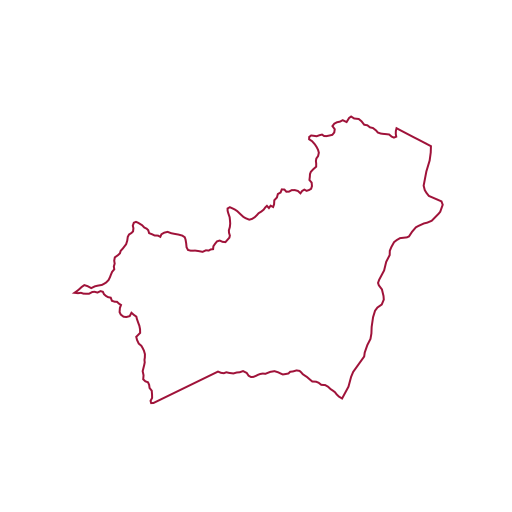 Quiterianópolis, Ceará, Brazil (orthographic projection), rotated 208°
{"feature_id": "56859067B30046972557258", "entity_name": "Quiterianópolis", "entity_type": "district", "adm_level": 2, "iso_a3": "BRA", "parent_name": "Brazil", "parent_adm1": "Ceará", "projection": "orthographic", "projection_center": [-40.719, -5.874], "detail": "fine", "context": "isolated", "style": "outline", "palette": "rose", "viewbox_px": 512, "rotation_deg": 208, "n_neighbors": 0, "source": "geoboundaries", "source_scale": "gbopen_adm2", "svg_char_len": 4162}
<svg xmlns="http://www.w3.org/2000/svg" viewBox="0 0 512 512"><g transform="rotate(208 256 256)"><path d="M115.2,388.9L117.9,391.3L131.6,390.2L135.2,391.8L137.9,393.4L141.0,396.8L145.3,410.7L147.5,421.8L150.3,429.4L153.1,435.1L167.7,435.0L172.2,434.9L187.9,434.8L191.9,434.8L191.2,432.0L189.9,429.4L188.2,427.2L189.8,425.3L192.3,425.1L195.5,425.8L198.8,424.5L200.9,423.6L203.3,422.7L206.4,422.2L208.9,423.2L212.8,423.9L215.8,423.1L219.0,423.7L222.1,422.7L226.1,424.5L229.6,425.2L233.9,423.5L237.5,423.8L238.6,421.6L238.9,416.8L243.2,416.6L244.9,414.1L247.3,412.1L249.0,409.6L249.5,406.6L246.0,404.9L244.9,401.8L245.5,398.8L247.9,396.7L250.1,394.9L252.2,393.9L254.7,394.2L256.6,392.5L258.7,390.2L261.3,389.3L263.9,388.3L264.9,386.1L263.9,384.0L260.4,383.7L256.4,382.2L253.5,380.6L251.1,378.9L249.0,376.7L248.1,373.4L248.5,370.4L247.7,368.0L246.2,365.8L244.8,363.1L246.2,359.4L247.1,356.1L246.8,353.7L245.7,351.3L244.5,348.2L241.3,346.9L239.4,344.0L238.9,341.2L240.1,339.2L241.9,337.3L244.5,337.3L245.8,335.1L246.2,332.2L249.5,333.1L252.7,332.4L255.4,330.9L257.1,328.3L259.4,327.0L262.1,328.0L264.5,326.9L264.1,323.6L265.8,321.0L265.0,317.5L266.0,313.8L264.3,310.1L263.9,307.3L266.7,307.3L267.1,304.4L269.9,305.4L270.6,303.3L271.0,300.5L272.2,297.7L273.8,295.0L274.4,292.5L275.3,289.7L276.9,286.9L279.0,284.9L283.0,284.5L285.5,284.6L289.7,285.7L293.6,286.8L296.5,287.1L299.3,287.0L302.0,286.8L303.4,284.6L302.3,282.6L300.6,280.8L297.5,277.9L295.6,275.1L294.0,272.5L292.7,269.3L292.0,265.9L290.7,263.8L288.7,261.8L288.1,259.7L288.8,256.9L289.5,253.9L292.2,252.8L295.3,252.6L297.3,250.6L297.9,247.5L298.2,244.6L297.1,241.9L299.1,240.5L300.3,238.6L302.9,237.5L305.1,234.6L309.0,233.4L312.3,232.2L314.3,231.0L316.3,230.0L318.9,229.4L321.4,231.1L323.6,234.4L325.9,237.4L327.7,239.1L330.7,239.4L334.6,238.5L338.6,237.2L341.6,236.3L345.4,235.8L348.0,233.5L349.7,230.8L349.5,228.0L352.1,228.0L355.2,226.5L357.9,226.4L361.1,226.0L363.3,228.2L365.4,228.8L368.0,228.7L371.0,229.7L375.5,230.0L378.0,229.8L379.5,228.0L379.0,224.9L377.3,223.0L376.1,220.0L376.8,217.8L378.2,215.4L378.2,212.7L376.9,209.1L376.2,205.4L376.7,202.5L377.1,200.1L377.9,197.0L377.4,194.5L378.2,192.1L380.0,188.5L379.0,185.3L377.2,182.9L376.6,180.0L374.9,177.7L375.6,174.5L375.3,171.1L375.0,168.8L374.9,165.5L375.9,162.2L377.2,160.0L378.5,158.1L381.7,155.6L384.0,153.6L386.4,150.3L390.6,150.3L393.9,149.7L395.4,146.8L396.4,143.9L397.4,141.4L399.0,138.3L395.7,139.6L393.3,141.3L390.5,141.8L388.2,143.0L385.7,144.3L383.7,147.3L381.8,148.6L378.8,149.3L376.8,152.0L374.4,152.5L372.3,150.9L369.8,150.3L367.4,150.2L364.7,151.0L362.2,148.8L359.3,149.3L357.2,150.3L354.7,149.6L352.2,149.4L351.8,146.3L350.1,142.4L347.9,140.8L344.5,140.2L341.9,141.2L339.3,143.6L339.3,147.4L336.4,146.7L333.2,146.3L331.6,144.5L328.8,141.9L326.2,139.6L324.0,136.9L322.2,133.7L323.8,128.4L321.6,126.0L318.4,123.6L315.1,122.9L313.0,121.6L310.5,119.8L308.0,117.2L306.5,114.2L305.7,111.9L304.3,109.8L303.6,107.5L302.8,104.3L302.0,101.1L299.3,97.9L297.7,94.2L294.9,93.4L292.1,93.8L289.9,92.1L288.0,89.5L284.8,88.1L282.7,84.8L281.1,81.9L281.1,78.6L279.5,76.9L277.5,78.1L235.3,136.1L232.1,136.4L229.4,137.4L227.6,139.4L224.7,140.2L220.8,141.7L218.3,144.1L215.8,145.7L213.4,148.3L209.3,148.4L206.3,146.8L203.6,146.8L201.6,148.0L199.8,150.1L198.5,152.0L196.9,153.8L194.8,155.4L192.4,156.4L189.0,160.4L185.6,163.0L181.9,163.7L179.3,163.8L176.7,164.0L174.3,165.8L172.2,167.5L171.5,169.8L169.2,171.4L166.5,174.0L163.6,175.0L161.5,174.5L159.2,173.6L156.5,173.3L154.2,173.1L150.3,172.2L147.4,171.6L144.0,173.2L141.2,173.5L137.9,172.9L134.3,174.5L131.0,174.4L127.7,173.5L124.7,173.2L122.3,172.8L119.9,171.7L116.8,170.8L113.1,170.6L113.0,184.0L115.3,194.0L115.8,199.3L113.3,218.0L114.7,221.9L115.9,229.7L116.0,236.5L117.7,241.7L120.6,247.7L123.9,256.9L125.2,263.6L124.6,267.5L122.2,272.2L122.7,277.5L124.6,280.5L129.1,285.6L133.8,287.8L135.6,289.5L136.1,292.8L136.1,303.4L138.3,312.0L138.4,319.6L140.3,323.4L140.7,327.5L140.6,333.1L139.2,336.2L137.2,339.4L131.5,343.3L130.1,345.1L129.6,350.6L128.3,356.4L126.7,358.8L123.0,363.6L120.5,365.8L117.4,369.6L114.6,379.1L114.1,381.5L115.2,388.9Z" fill="none" stroke="#9f1239" stroke-width="2"/></g></svg>